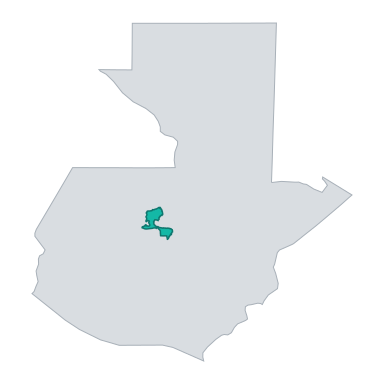 Chicamán, Quiché, Guatemala (highlighted)
{"feature_id": "79465075B15638381256287", "entity_name": "Chicamán", "entity_type": "district", "adm_level": 2, "iso_a3": "GTM", "parent_name": "Guatemala", "parent_adm1": "Quiché", "projection": "orthographic", "projection_center": [-90.638, 15.4], "detail": "fine", "context": "in_parent", "style": "filled", "palette": "teal", "viewbox_px": 384, "rotation_deg": 0, "n_neighbors": 0, "source": "geoboundaries", "source_scale": "gbopen_adm2", "svg_char_len": 5973}
<svg xmlns="http://www.w3.org/2000/svg" viewBox="0 0 384 384"><path d="M32.0,293.6L34.1,291.5L35.9,286.6L38.1,281.6L36.8,275.7L36.1,271.0L38.6,264.2L38.4,259.0L39.6,255.8L43.2,253.8L45.1,249.9L34.9,236.3L34.9,233.2L36.3,229.4L44.8,215.0L54.9,197.9L66.0,179.0L72.6,167.6L96.7,167.7L112.6,167.7L132.8,167.8L154.8,167.8L169.2,167.7L175.2,167.6L174.2,160.2L174.9,152.0L177.6,144.5L177.6,141.3L173.3,137.2L164.9,134.9L160.3,131.4L160.3,126.9L158.3,121.4L154.2,115.0L145.9,108.5L133.2,101.8L122.5,92.8L113.6,81.5L106.1,74.2L100.4,71.2L99.0,69.6L115.9,69.8L131.9,69.9L132.1,53.8L132.2,39.5L132.3,23.3L161.3,23.3L195.8,23.3L231.7,23.2L259.8,23.1L276.4,23.0L275.8,43.1L275.1,66.4L274.6,83.5L273.9,106.3L273.1,129.6L272.2,161.4L271.5,182.0L271.9,182.5L281.4,181.4L295.4,182.2L298.8,182.1L303.2,183.9L306.5,184.4L313.7,189.0L322.1,192.4L327.4,185.3L324.5,181.0L322.4,178.9L322.7,177.0L352.0,195.0L348.6,197.9L341.2,204.5L327.9,215.8L315.9,225.9L304.4,235.0L294.0,243.3L292.8,244.1L279.5,250.0L277.3,252.7L274.6,264.3L273.3,267.1L275.7,273.5L278.2,283.4L277.5,288.6L268.3,295.0L264.1,300.8L262.3,304.5L260.6,303.5L257.7,303.2L251.2,304.7L248.0,305.1L245.4,306.7L245.1,310.3L246.9,316.0L247.5,319.0L245.7,320.4L237.6,323.9L234.4,327.4L231.4,332.7L227.8,334.9L224.1,334.5L221.5,335.3L215.9,339.3L207.4,347.1L202.9,352.8L202.8,357.1L203.7,361.0L172.8,347.4L162.5,345.1L119.2,345.3L100.6,339.9L79.5,329.5L65.2,320.1L32.0,293.6Z" fill="#d9dde1" stroke="#a8b0b8" stroke-width="1"/><path d="M160.2,207.5L160.1,207.4L159.8,207.4L159.3,207.5L158.8,207.5L158.5,207.7L157.8,208.2L157.0,208.6L156.8,208.7L156.5,208.9L156.2,209.1L155.3,209.1L154.8,209.3L154.0,209.8L153.8,209.8L153.4,209.7L153.0,209.6L152.7,209.6L152.4,209.8L152.2,210.1L152.1,210.3L152.1,210.5L151.7,210.7L151.0,210.8L150.6,210.8L150.3,210.9L149.7,211.0L148.0,211.0L147.7,211.1L147.3,211.2L147.2,211.3L147.1,211.5L147.3,211.8L147.2,212.0L146.8,212.2L146.6,212.3L146.5,212.5L146.3,212.8L146.3,213.0L146.4,213.3L146.6,213.6L146.9,214.2L146.9,214.7L146.8,215.1L146.7,215.5L146.0,216.7L146.0,217.0L146.4,217.6L146.6,217.9L146.7,218.2L146.6,219.0L146.7,219.5L146.5,219.8L146.4,219.9L146.3,220.0L146.1,220.4L146.0,220.7L146.0,221.1L146.0,221.4L146.2,221.6L146.3,221.6L146.5,221.6L146.7,221.4L146.9,221.2L147.2,221.0L147.4,220.8L147.7,220.7L148.2,220.6L148.6,220.7L148.9,220.8L149.2,221.1L149.3,221.4L149.2,221.6L148.8,222.2L148.8,222.4L148.8,222.8L149.0,223.3L149.3,223.7L149.4,223.8L149.7,224.6L149.7,224.8L149.8,225.0L149.7,225.2L149.7,225.5L149.5,225.8L149.3,225.9L148.6,226.1L148.4,226.2L148.1,226.2L147.9,226.2L147.7,226.1L147.2,225.8L146.8,225.7L146.7,225.8L146.4,225.9L146.3,225.6L146.2,225.2L146.1,224.9L145.9,224.8L145.6,224.8L145.2,225.1L145.1,225.3L144.9,225.5L144.9,225.9L144.7,226.0L143.9,226.3L143.4,226.4L143.2,226.5L142.6,226.7L142.2,227.0L142.1,227.3L142.1,227.5L142.2,227.9L142.4,228.0L142.6,228.0L143.1,228.0L143.4,228.1L143.5,228.2L143.9,228.5L144.3,228.7L145.3,228.9L146.1,229.0L147.4,228.9L148.1,228.8L148.9,228.7L149.8,228.6L150.7,228.5L152.1,228.4L152.8,228.2L153.3,228.0L153.7,228.0L154.3,227.9L154.6,227.9L155.4,227.8L155.6,227.9L155.8,228.0L156.2,228.4L156.3,228.3L156.8,227.4L157.1,227.4L159.9,230.2L160.1,230.5L160.3,230.7L160.3,231.4L160.4,231.8L160.4,232.2L160.4,232.3L160.4,233.4L160.5,233.9L160.6,235.7L160.7,235.8L161.9,235.8L162.1,235.8L163.2,235.9L163.9,235.8L166.6,235.9L166.6,236.0L166.8,236.5L166.9,236.9L167.0,237.3L167.1,237.8L167.2,238.1L167.3,238.7L167.3,239.1L167.4,239.3L167.5,239.3L167.6,239.1L167.7,238.9L168.1,238.8L168.3,238.5L168.4,238.4L168.6,237.9L168.8,237.7L168.9,237.4L168.8,237.0L168.8,236.9L169.1,236.7L169.3,236.5L169.3,236.4L169.3,236.2L169.5,236.1L169.9,235.8L169.9,235.7L169.9,235.4L170.0,235.2L170.3,234.9L170.6,235.0L170.8,234.9L170.8,234.5L170.8,234.4L171.1,234.4L171.4,234.4L171.4,234.2L171.1,233.9L171.1,233.7L171.3,233.6L171.5,233.6L171.7,233.1L171.7,232.7L171.8,232.5L171.9,232.3L172.3,232.0L172.4,231.8L172.5,231.8L172.5,231.7L172.4,231.6L172.5,231.4L172.5,231.0L172.5,230.9L172.5,230.7L172.4,230.6L172.2,230.2L172.2,229.9L172.2,229.7L171.8,229.5L171.6,229.3L171.3,229.1L171.0,228.8L170.8,228.7L170.7,228.7L170.5,228.8L170.3,228.8L170.2,228.8L170.1,228.6L169.8,228.6L169.5,228.4L169.1,228.4L168.9,228.2L168.2,228.2L167.8,228.1L167.6,228.1L167.3,228.3L167.2,228.3L166.9,228.2L166.7,228.2L166.3,228.3L166.1,228.3L165.8,228.1L165.6,228.1L165.3,228.1L165.2,228.2L164.8,228.1L164.7,228.1L164.4,228.0L164.0,228.0L163.7,228.1L163.3,227.9L163.2,228.0L162.9,228.1L162.5,228.0L162.4,228.1L162.2,228.1L161.7,227.9L161.3,227.8L160.9,227.8L160.7,227.7L159.9,227.6L159.7,227.5L159.4,227.5L159.2,227.4L158.8,227.3L158.5,227.1L158.2,226.8L158.0,226.6L157.8,226.6L157.7,226.8L157.3,226.6L156.9,226.6L156.7,226.5L156.4,226.5L156.0,226.2L155.9,226.2L155.4,226.1L155.2,225.8L155.1,225.7L155.1,225.4L154.8,225.1L154.7,225.1L154.4,224.9L154.3,224.7L154.0,224.4L153.9,224.2L153.9,223.8L153.9,223.5L153.8,223.3L153.7,223.0L153.7,222.9L153.8,222.7L153.9,222.3L153.8,222.2L153.7,222.1L153.6,221.9L153.6,221.7L153.8,221.5L153.8,221.4L154.0,221.3L154.2,221.0L154.2,220.8L154.3,220.7L154.5,220.4L154.7,220.0L154.9,219.7L155.0,219.7L155.3,219.8L155.8,219.9L156.1,220.0L156.6,219.9L156.8,219.9L157.6,220.4L157.9,220.5L157.9,220.4L158.0,220.4L158.9,219.5L159.0,219.4L159.1,219.0L159.1,218.7L158.9,218.2L159.0,217.7L159.1,217.4L159.5,217.3L159.5,217.2L159.7,216.9L159.7,216.7L159.8,216.4L160.1,216.3L160.2,216.2L160.3,216.1L160.5,216.1L160.8,215.9L160.9,215.7L161.0,215.5L161.2,215.4L161.3,215.3L161.4,215.1L161.5,215.0L161.8,215.1L162.0,215.2L162.1,214.9L162.6,214.7L162.7,214.4L162.6,214.2L162.7,213.9L162.7,213.6L162.5,213.1L162.5,212.9L162.5,212.6L162.4,211.9L162.2,211.5L162.0,211.4L162.0,211.2L161.9,211.1L162.0,211.0L162.0,210.9L161.9,210.6L162.0,210.5L162.0,210.4L161.9,210.2L161.7,209.9L161.6,209.7L161.5,209.3L161.4,209.2L161.2,208.9L160.6,208.8L160.4,208.8L160.1,208.6L159.8,208.4L159.7,208.2L159.7,207.9L160.0,207.6L160.2,207.5Z" fill="#14b8a6" stroke="#0f766e" stroke-width="1.5"/></svg>